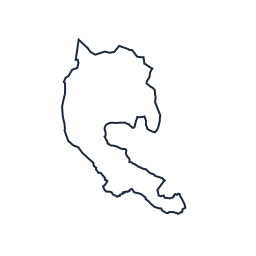 Ushongo, Benue, Nigeria (orthographic projection), rotated 48°
{"feature_id": "59680162B69595078054024", "entity_name": "Ushongo", "entity_type": "district", "adm_level": 2, "iso_a3": "NGA", "parent_name": "Nigeria", "parent_adm1": "Benue", "projection": "orthographic", "projection_center": [9.129, 7.115], "detail": "fine", "context": "isolated", "style": "outline", "palette": "slate", "viewbox_px": 256, "rotation_deg": 48, "n_neighbors": 0, "source": "geoboundaries", "source_scale": "gbopen_adm2", "svg_char_len": 4184}
<svg xmlns="http://www.w3.org/2000/svg" viewBox="0 0 256 256"><g transform="rotate(48 128 128)"><path d="M225.7,138.8L222.5,137.0L218.6,135.9L215.5,135.1L212.5,134.6L211.8,133.8L211.2,134.0L210.3,134.7L210.3,135.3L210.5,136.1L210.0,136.7L209.6,136.8L209.0,136.8L208.6,137.4L208.5,137.8L209.2,139.1L209.1,139.7L209.8,140.9L209.0,142.3L208.2,144.1L206.1,145.8L204.4,147.4L202.0,146.7L200.7,149.3L198.6,150.4L197.9,149.8L193.8,147.7L191.4,136.7L191.6,135.8L191.4,135.8L190.4,136.1L189.9,136.1L188.8,136.0L188.0,136.2L186.8,136.9L184.6,138.2L181.5,140.0L181.0,139.9L180.6,139.8L180.4,139.9L179.9,139.9L179.0,140.1L178.7,140.4L177.5,141.2L176.0,141.7L175.5,141.9L174.3,142.2L173.3,142.1L172.4,142.1L171.5,142.3L170.8,142.2L168.6,143.9L167.8,144.5L166.5,144.7L165.7,145.1L164.2,146.0L161.8,146.6L158.9,147.4L157.5,148.2L156.8,148.1L155.9,148.4L154.1,149.7L153.6,148.9L153.0,148.4L152.1,147.8L151.4,147.6L150.8,147.6L149.6,147.6L147.9,147.5L147.1,147.1L146.2,147.0L145.9,146.8L145.3,146.2L144.7,145.6L144.1,144.8L143.2,144.1L142.9,143.9L142.3,143.9L141.7,144.3L140.0,145.9L139.3,146.7L138.4,147.0L137.7,147.4L136.3,148.0L135.0,148.4L133.6,149.2L132.0,150.2L131.1,150.8L130.3,151.7L129.6,152.3L128.5,152.8L127.6,152.8L126.8,153.2L126.2,153.5L125.8,153.5L124.8,152.7L123.6,152.2L122.8,152.1L122.2,152.2L121.0,151.8L119.6,151.2L118.8,151.2L118.7,149.9L117.5,148.6L115.2,147.0L113.6,146.4L113.0,146.0L112.1,145.0L111.7,144.2L111.0,142.4L111.6,139.2L112.6,137.3L114.0,135.8L116.0,133.8L117.7,131.7L118.8,130.2L120.7,128.2L121.8,126.8L124.4,125.8L125.7,124.8L127.4,125.0L129.2,124.6L131.0,124.5L131.5,123.4L131.5,122.2L130.2,120.5L128.8,118.3L128.1,117.4L127.3,115.5L126.0,113.8L128.0,112.0L130.6,108.0L131.8,108.7L133.4,109.2L134.4,109.7L136.1,111.0L136.9,112.0L138.1,112.8L140.0,113.3L141.5,114.2L142.8,113.8L143.9,113.6L145.1,113.1L145.7,112.7L147.0,112.3L149.2,110.9L149.0,108.0L147.4,104.5L145.5,102.0L144.0,99.7L141.1,96.8L140.6,95.7L126.6,90.5L126.1,89.5L125.2,88.7L123.2,86.5L121.1,85.4L117.7,82.7L114.8,82.7L112.8,83.5L107.2,84.4L106.4,83.5L106.1,83.1L105.9,82.7L105.7,82.1L105.1,79.8L104.7,78.4L104.4,77.9L103.4,76.6L101.9,75.0L101.5,74.2L101.1,73.2L100.2,70.7L100.1,70.1L97.9,71.0L92.0,72.3L91.2,72.8L86.9,69.9L85.7,69.1L85.0,70.2L81.5,73.2L80.7,73.5L80.3,73.4L72.7,72.8L71.2,74.7L69.6,75.0L61.1,79.6L62.3,87.2L60.0,91.1L55.6,94.2L51.6,103.3L46.3,105.0L41.6,104.5L29.4,105.6L42.4,121.3L43.6,119.7L46.7,121.4L49.4,125.7L48.4,127.9L47.4,130.5L49.4,137.0L49.5,137.9L48.9,140.5L50.8,144.9L52.4,144.8L55.1,147.0L60.3,151.8L65.1,158.8L66.6,160.7L68.3,163.0L69.7,164.0L75.3,168.4L78.3,170.2L82.2,172.3L83.6,173.3L86.3,175.3L87.5,176.9L97.4,181.0L104.2,180.3L109.2,177.8L115.7,178.6L121.7,178.0L125.2,177.7L130.6,177.0L131.4,177.7L133.7,178.9L136.2,178.2L137.3,179.5L139.1,179.7L140.1,179.7L141.3,180.2L141.7,180.0L141.7,179.5L142.2,179.0L143.2,178.6L143.6,178.2L144.8,178.4L145.7,178.5L146.4,178.5L146.8,178.4L147.2,178.4L147.7,178.7L148.6,178.4L149.2,178.5L149.6,178.6L149.6,178.8L150.0,179.1L150.3,179.2L150.7,179.4L151.0,179.8L151.2,179.7L151.7,179.3L151.8,179.3L152.1,179.3L152.4,179.2L152.9,179.0L153.6,178.8L154.0,179.9L154.7,182.1L154.8,184.2L154.8,185.7L155.7,186.0L157.7,186.7L158.7,186.7L160.5,186.9L161.8,185.5L163.0,184.3L164.3,183.5L165.1,183.2L167.0,183.7L168.7,183.1L170.5,182.3L172.0,181.9L172.1,180.8L173.0,179.7L172.3,178.9L172.8,177.3L173.3,176.0L172.7,175.5L172.6,175.0L173.3,174.8L173.6,174.0L173.1,173.6L173.3,173.3L173.9,172.9L173.9,172.2L174.0,171.7L174.8,171.3L175.2,170.9L175.1,170.4L175.4,169.9L175.4,169.3L175.8,168.8L175.2,167.8L175.8,165.9L180.1,166.4L184.3,163.3L186.8,162.3L187.9,162.1L190.8,161.6L192.6,162.0L192.8,162.5L195.3,161.9L196.3,161.7L198.4,161.8L200.3,161.7L201.0,161.5L204.4,161.1L204.8,160.9L206.8,159.7L208.5,158.6L209.8,157.3L210.0,157.2L210.2,157.3L211.4,157.6L212.2,157.9L214.1,157.2L214.8,157.1L216.2,156.5L216.8,156.4L218.1,154.8L218.1,153.5L218.7,152.8L219.7,151.8L220.9,150.4L222.0,150.0L223.1,149.1L223.8,148.6L224.4,148.5L225.0,148.5L225.2,147.8L226.0,146.5L225.8,145.8L225.8,145.2L226.1,144.6L226.5,144.5L226.6,144.0L226.1,142.9L225.3,142.4L224.8,142.0L225.3,140.0L225.7,138.8Z" fill="none" stroke="#1e293b" stroke-width="2"/></g></svg>